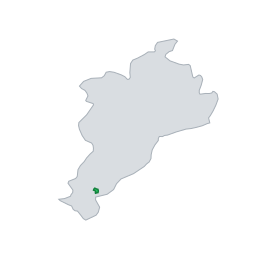 Benedikt on a map of Slovenia (Albers equal-area conic projection), rotated 152°
{"feature_id": "SVN-199", "entity_name": "Benedikt", "entity_type": "Municipality", "adm_level": 1, "iso_a3": "SVN", "parent_name": "Slovenia", "parent_adm1": "", "projection": "albers", "projection_center": [15.906, 46.615], "detail": "fine", "context": "in_parent", "style": "filled", "palette": "green", "viewbox_px": 256, "rotation_deg": 152, "n_neighbors": 0, "source": "natural_earth", "source_scale": "10m", "svg_char_len": 1999}
<svg xmlns="http://www.w3.org/2000/svg" viewBox="0 0 256 256"><g transform="rotate(152 128 128)"><path d="M222.6,97.6L217.3,95.5L210.9,94.7L209.7,95.8L207.1,97.0L205.8,99.1L206.9,107.4L205.3,108.8L198.0,108.0L195.6,109.0L191.7,114.7L187.6,117.2L182.4,118.9L178.6,121.0L173.7,122.8L169.6,123.8L168.0,126.4L167.0,129.1L167.2,131.8L171.4,137.1L172.0,142.8L171.5,149.7L170.5,153.4L168.8,155.9L158.4,159.0L147.6,164.6L147.3,165.9L152.2,171.0L152.4,172.2L148.3,175.1L147.9,177.9L148.3,181.3L150.5,184.7L151.2,187.8L145.3,190.0L137.2,189.1L127.7,184.7L124.4,185.3L121.1,187.5L117.8,186.5L114.2,183.8L109.1,178.2L106.7,174.8L105.7,171.2L104.3,170.6L102.2,171.6L100.4,176.0L95.5,183.7L91.9,185.7L86.6,185.2L79.1,185.2L74.5,185.7L68.9,182.8L67.5,183.3L67.4,185.1L65.2,187.9L61.7,189.7L45.7,185.0L43.5,181.5L47.2,179.9L52.4,175.5L55.8,176.1L60.0,175.3L61.9,173.4L59.4,167.6L52.9,160.4L49.4,157.6L44.6,155.7L43.8,153.8L46.8,142.7L46.1,141.1L40.5,141.5L39.3,140.3L38.9,138.3L39.3,135.7L43.2,131.5L47.4,127.8L48.6,125.6L48.5,124.0L43.3,122.1L40.1,120.3L37.6,119.6L35.8,120.5L34.6,119.4L33.4,116.1L34.8,111.3L39.7,106.9L44.9,103.1L49.5,100.3L52.1,99.1L53.4,94.1L56.1,94.7L61.3,95.1L67.1,96.4L72.5,97.9L77.3,99.8L87.4,101.9L96.5,103.2L99.3,104.3L101.5,104.2L104.3,105.8L106.0,104.7L107.2,102.7L112.2,100.4L116.9,97.3L120.2,93.4L122.0,90.3L125.2,88.1L128.6,87.5L131.7,86.4L144.6,85.1L158.0,86.3L164.3,84.2L169.6,80.4L177.2,79.3L177.6,79.3L189.0,82.2L189.9,80.5L190.4,79.8L190.2,71.4L193.8,67.6L197.1,66.0L208.5,66.5L210.0,69.0L210.6,73.0L211.6,78.3L213.6,79.8L214.6,81.9L214.4,85.6L216.7,88.3L222.0,95.7L222.6,97.6Z" fill="#d9dde1" stroke="#a8b0b8" stroke-width="1"/><path d="M185.7,90.5L185.5,90.4L185.2,90.0L184.1,88.5L183.4,88.1L183.5,87.0L184.1,85.8L184.9,85.0L185.6,85.3L185.8,85.4L186.1,85.5L186.4,85.5L186.7,85.5L187.0,85.5L187.3,85.6L187.3,86.1L186.4,86.9L186.4,87.4L186.6,88.1L187.6,89.3L187.1,89.8L186.5,90.2L186.3,90.3L185.9,90.3L185.7,90.5Z" fill="#22c55e" stroke="#15803d" stroke-width="1.5"/></g></svg>